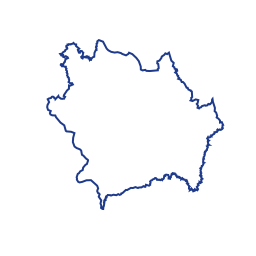 Pak Chong, Nakhon Ratchasima, Thailand, rotated 200°
{"feature_id": "78962969B19960010769064", "entity_name": "Pak Chong", "entity_type": "district", "adm_level": 2, "iso_a3": "THA", "parent_name": "Thailand", "parent_adm1": "Nakhon Ratchasima", "projection": "albers", "projection_center": [101.393, 14.643], "detail": "fine", "context": "isolated", "style": "outline", "palette": "blue", "viewbox_px": 256, "rotation_deg": 200, "n_neighbors": 0, "source": "geoboundaries", "source_scale": "gbopen_adm2", "svg_char_len": 5767}
<svg xmlns="http://www.w3.org/2000/svg" viewBox="0 0 256 256"><g transform="rotate(200 128 128)"><path d="M58.5,184.2L58.7,183.6L58.0,181.1L58.9,178.5L59.4,178.1L60.3,178.3L60.9,177.8L61.1,176.5L62.7,175.5L63.5,175.7L65.9,174.0L66.5,172.4L67.6,171.7L67.9,170.7L69.6,170.8L69.8,172.9L71.6,174.1L71.1,175.2L71.5,178.3L74.2,178.0L76.6,175.4L78.6,175.3L78.2,176.5L78.9,177.9L78.3,179.1L80.5,184.1L81.8,184.3L81.9,184.7L84.4,184.8L85.7,186.2L86.7,185.9L90.0,189.0L92.0,190.0L93.3,189.6L94.9,191.4L97.5,191.4L97.0,192.5L98.8,193.5L98.8,195.1L99.1,194.3L99.8,194.5L100.9,196.0L102.6,196.3L102.2,197.2L102.6,198.0L101.7,198.0L101.3,198.6L102.1,199.8L104.5,199.7L105.2,200.9L107.0,201.4L107.3,204.8L110.3,206.1L115.3,212.8L116.5,210.8L118.4,210.9L118.9,209.2L120.7,206.7L120.6,205.1L121.5,202.1L123.2,200.7L122.6,198.7L121.5,198.5L120.0,195.6L119.6,194.5L120.2,193.5L119.7,192.4L127.2,188.9L130.3,188.0L131.7,188.5L134.0,187.1L135.9,187.3L137.1,190.2L140.7,194.5L144.1,196.7L149.2,198.9L152.8,199.1L153.0,197.8L154.7,195.6L158.7,195.6L160.3,196.0L163.7,195.7L166.4,194.3L169.9,193.8L173.1,194.3L175.2,195.3L181.0,200.6L185.5,200.6L186.5,198.9L185.9,197.5L186.4,196.5L185.7,195.2L185.8,193.8L185.4,193.7L185.7,192.9L184.8,191.9L184.9,190.5L184.4,190.4L185.0,189.6L185.2,187.2L184.1,183.4L185.4,182.3L186.1,180.3L186.0,179.4L186.5,179.2L187.1,179.6L187.3,178.9L188.4,180.3L188.9,180.0L189.1,180.4L188.6,180.8L189.1,180.8L189.3,181.2L189.8,180.7L190.2,181.1L190.6,180.6L191.1,181.2L191.5,180.8L191.7,181.4L191.7,179.9L192.2,179.8L192.3,180.4L192.8,179.9L193.7,179.9L194.3,179.3L194.4,178.2L195.3,178.7L195.3,178.0L195.7,178.1L196.3,178.8L195.4,180.5L195.8,183.5L196.5,183.6L197.6,184.5L199.1,184.1L199.0,182.2L199.9,182.0L201.9,184.3L201.0,185.9L204.8,187.2L205.3,188.8L206.7,188.4L208.3,189.3L208.9,188.2L210.3,187.4L210.4,186.9L212.2,186.6L212.3,186.0L213.2,185.8L212.9,185.2L214.0,184.2L213.8,183.1L212.7,182.7L212.2,181.8L213.7,179.5L213.5,178.7L215.0,176.9L215.4,175.3L217.0,174.4L215.4,173.3L213.9,174.3L213.3,172.7L211.8,172.7L211.6,173.9L211.0,174.2L208.9,173.8L208.3,173.2L210.2,171.3L210.0,168.3L210.4,168.0L210.6,165.7L212.7,165.2L212.8,164.3L211.0,163.4L210.2,164.2L209.0,163.9L207.4,164.3L207.2,163.4L206.1,162.7L206.3,162.1L206.0,161.3L205.2,161.0L204.4,159.8L204.6,159.1L203.3,158.1L203.2,156.5L201.9,155.7L201.9,155.2L200.8,154.9L200.5,153.9L200.0,153.7L199.4,152.1L199.6,150.9L197.7,150.3L195.9,151.0L194.7,150.0L196.9,147.9L198.0,147.8L196.9,144.6L198.1,142.5L199.4,137.2L199.3,136.0L197.8,135.8L198.2,133.6L198.8,133.6L199.5,133.0L201.0,132.6L204.0,133.5L204.4,134.2L206.0,130.4L206.3,131.0L207.4,130.8L208.0,131.5L209.3,131.8L210.3,131.2L210.6,129.9L212.5,128.6L213.3,127.6L211.0,125.4L211.5,122.1L211.1,120.0L209.4,117.7L206.4,117.5L206.5,115.3L205.5,114.2L203.6,114.0L200.6,114.9L199.3,113.5L193.3,110.0L188.8,108.7L185.5,104.1L184.6,103.8L180.1,105.0L176.6,104.9L176.2,100.2L175.0,95.9L171.9,92.3L169.4,91.6L165.9,91.5L164.3,90.8L162.1,87.1L160.5,86.8L156.9,84.9L154.9,84.4L154.4,83.7L154.3,80.1L155.4,78.8L156.6,75.5L156.2,73.0L158.1,70.9L158.6,68.8L159.5,67.7L159.4,64.1L158.7,63.2L158.4,62.0L156.4,60.4L154.9,60.3L152.6,61.7L149.1,64.7L144.9,66.3L137.2,63.2L135.4,61.0L135.5,59.0L135.2,57.9L133.7,56.5L132.8,56.6L132.0,56.0L132.0,53.4L128.4,50.9L128.0,47.6L126.5,45.9L126.0,43.7L124.3,43.2L123.6,43.4L124.0,45.0L124.4,45.0L124.0,46.3L124.6,49.5L125.0,49.5L125.3,50.1L125.0,50.9L125.5,51.7L125.4,52.2L124.7,52.1L124.3,52.6L125.1,54.1L124.5,55.1L125.1,55.3L125.2,56.2L124.4,57.1L124.1,58.1L121.4,58.9L120.9,58.7L118.9,60.3L115.9,60.9L114.6,62.5L113.0,62.3L111.9,63.3L111.9,64.3L111.0,64.8L108.8,69.1L107.6,69.4L104.8,72.7L102.8,73.3L100.8,75.0L98.1,75.0L97.3,75.9L95.0,76.8L93.6,78.6L92.6,78.4L92.2,79.0L91.6,78.9L91.7,80.8L88.5,81.0L87.7,82.2L88.2,83.1L88.0,84.2L88.9,85.2L88.6,86.3L87.6,87.0L87.4,87.9L86.1,89.0L85.4,90.3L84.4,90.4L83.1,89.2L82.5,89.4L82.6,89.8L80.9,89.8L80.4,90.4L79.4,90.2L78.8,91.1L78.2,90.9L78.3,91.5L77.8,91.4L77.1,92.7L77.6,95.7L77.4,96.0L76.7,95.9L76.9,96.4L76.3,97.2L74.1,97.6L73.1,96.4L72.6,94.4L71.1,94.7L71.4,95.8L70.9,96.4L71.2,97.0L70.9,99.6L71.2,99.7L70.6,100.9L69.7,101.0L69.5,100.4L68.7,101.1L68.5,100.7L67.6,100.9L67.2,100.2L66.3,100.1L66.1,99.4L65.5,99.4L65.0,98.5L64.1,98.8L63.7,99.6L63.0,99.6L62.5,98.8L62.0,99.2L60.9,99.0L60.5,98.0L59.7,99.3L59.4,98.9L58.7,99.0L58.5,98.5L56.9,98.9L55.8,98.1L55.1,99.0L54.5,98.4L54.5,97.7L53.7,97.5L53.4,96.5L52.8,96.3L53.1,96.0L52.6,95.9L52.7,95.5L50.1,94.1L50.5,93.5L50.0,91.9L49.3,91.5L48.6,91.8L48.5,90.8L47.8,91.7L47.7,92.8L46.5,92.1L46.6,91.8L45.7,91.9L45.3,91.2L45.0,91.6L44.6,91.2L44.0,91.8L44.5,92.8L44.3,93.4L43.1,92.7L42.5,93.5L41.5,93.3L41.3,94.5L43.2,96.2L42.1,98.5L43.2,99.2L42.1,101.0L42.3,101.6L41.1,101.1L40.3,102.3L41.1,102.8L41.1,103.9L41.6,104.6L40.7,105.7L42.2,106.4L42.4,107.3L43.5,107.7L43.0,108.2L43.8,108.5L43.5,109.0L44.0,109.5L43.7,110.7L44.7,111.2L44.6,112.0L45.4,113.0L45.3,114.5L46.2,114.9L45.4,116.0L45.7,117.5L45.2,117.7L44.8,119.5L45.2,120.6L44.7,121.2L45.4,121.2L45.9,121.7L45.8,122.4L46.5,123.8L46.7,124.8L46.1,125.1L47.0,126.4L46.6,127.7L46.7,129.2L47.2,129.4L47.1,130.8L47.6,131.2L47.6,132.2L46.9,132.5L46.8,134.1L46.3,134.4L46.6,135.7L46.4,137.0L47.6,137.9L46.6,138.9L46.3,139.4L46.7,139.8L46.4,139.9L47.3,140.1L47.1,140.6L48.3,142.3L47.7,143.7L48.6,143.5L48.8,144.5L50.0,145.2L49.7,146.7L49.4,146.4L47.8,147.3L47.5,147.8L47.6,148.4L46.6,148.6L47.1,149.6L46.5,149.7L45.6,151.5L45.0,151.9L45.3,153.6L44.3,153.7L43.9,154.6L43.1,154.7L42.9,155.9L43.5,156.8L43.3,157.3L42.1,156.9L41.2,158.1L40.2,157.9L39.1,159.3L39.5,160.2L39.0,160.4L39.9,162.0L40.1,163.1L39.7,163.4L41.9,165.6L43.4,164.6L44.1,166.5L46.4,167.8L48.3,168.2L48.4,170.0L50.5,172.7L52.3,173.4L53.2,176.6L57.2,181.7L58.5,184.2Z" fill="none" stroke="#1e3a8a" stroke-width="2"/></g></svg>